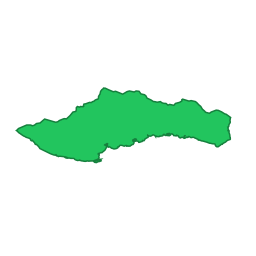 Tafunsak, Kosrae, Federated States of Micronesia (orthographic projection), rotated 214°
{"feature_id": "79324940B50347323269850", "entity_name": "Tafunsak", "entity_type": "district", "adm_level": 2, "iso_a3": "FSM", "parent_name": "Federated States of Micronesia", "parent_adm1": "Kosrae", "projection": "orthographic", "projection_center": [162.944, 5.328], "detail": "fine", "context": "isolated", "style": "filled", "palette": "green", "viewbox_px": 256, "rotation_deg": 214, "n_neighbors": 0, "source": "geoboundaries", "source_scale": "gbopen_adm2", "svg_char_len": 5737}
<svg xmlns="http://www.w3.org/2000/svg" viewBox="0 0 256 256"><g transform="rotate(214 128 128)"><path d="M219.1,63.5L218.0,63.5L217.7,63.4L215.8,63.0L213.7,63.1L213.4,63.0L211.1,63.0L210.1,63.0L208.8,63.3L207.6,63.3L206.3,63.6L205.2,64.0L203.8,64.3L202.8,64.3L202.0,63.6L201.0,63.4L200.6,63.6L200.5,64.1L200.4,64.3L199.4,64.0L197.1,63.5L196.0,62.7L195.4,62.7L195.1,63.0L194.9,63.2L194.2,63.1L192.8,62.8L191.9,62.7L189.5,61.7L178.0,63.3L176.7,63.6L174.3,64.2L172.6,65.1L173.4,65.8L172.3,65.5L172.0,65.0L171.5,65.0L170.6,65.4L170.1,65.5L169.8,65.4L169.2,66.1L168.3,66.7L167.8,67.0L167.5,67.1L166.6,67.6L163.6,69.1L162.4,69.4L162.5,69.2L163.5,68.6L163.6,68.4L163.1,68.4L161.9,68.8L161.5,69.0L160.3,70.0L159.2,70.6L158.5,70.8L156.2,72.3L155.7,72.5L155.2,72.5L154.9,72.3L154.0,72.2L151.8,72.8L151.4,73.0L150.4,74.0L150.2,74.4L149.6,74.4L149.4,74.3L149.1,74.6L148.1,74.8L146.4,75.7L145.9,75.8L145.1,76.3L144.3,76.8L143.4,78.0L142.9,78.1L142.1,78.5L139.8,80.3L139.0,80.8L138.5,81.3L136.8,80.9L136.1,81.0L134.7,81.8L134.2,83.1L134.2,83.5L133.7,83.5L132.7,84.5L131.9,85.8L132.2,86.0L133.4,85.0L133.6,85.2L133.0,86.9L134.2,85.9L136.1,83.1L136.9,82.3L137.5,82.5L135.9,84.7L135.2,86.1L135.3,86.8L135.6,87.5L136.2,87.9L136.4,88.2L136.7,89.5L137.1,89.9L138.1,89.7L138.3,90.0L138.3,90.3L137.6,90.9L136.9,92.2L136.3,92.7L136.0,92.8L135.8,93.0L135.7,93.6L135.0,95.8L134.7,97.2L134.7,97.6L135.0,98.3L134.9,99.3L135.2,100.3L135.4,100.5L135.5,100.8L135.8,101.0L136.2,101.2L137.3,100.9L137.9,100.9L137.9,101.3L136.9,102.4L136.9,102.9L136.7,103.4L136.5,103.5L136.1,103.5L135.9,102.8L135.4,102.1L134.3,101.1L133.6,101.1L133.0,101.8L132.6,102.1L130.8,102.1L130.5,102.0L129.2,102.5L128.5,102.6L127.9,102.8L127.2,103.4L126.2,104.4L125.4,105.8L125.4,106.2L125.6,106.4L125.8,106.8L125.6,107.1L125.2,107.3L125.0,107.6L125.1,108.9L124.8,109.3L123.2,110.3L121.7,110.6L120.9,110.9L120.7,111.2L120.6,111.5L120.3,111.9L119.4,112.7L119.1,112.7L119.1,112.2L118.8,112.2L118.6,112.4L118.1,113.0L117.7,113.1L117.0,113.5L116.0,114.4L115.9,115.2L115.6,115.6L115.5,116.1L115.4,116.4L114.6,117.2L114.6,118.6L115.3,120.1L115.7,120.2L116.1,119.9L116.7,119.9L117.1,120.3L117.3,120.9L116.9,121.6L116.3,121.6L116.3,121.3L116.2,121.3L115.7,121.3L115.8,122.0L116.4,122.1L116.4,122.6L116.2,123.0L115.3,123.3L114.7,123.3L114.6,123.2L114.6,122.8L115.0,122.3L114.7,121.7L114.8,120.9L113.7,122.0L112.4,122.6L111.9,122.6L111.1,122.1L110.3,122.7L109.6,123.8L108.8,124.6L108.7,125.4L108.9,125.6L108.9,125.9L108.7,126.0L108.0,126.1L107.6,126.5L107.6,127.8L107.8,128.1L107.7,128.4L106.9,130.4L106.4,131.0L106.2,131.3L106.2,131.6L106.4,132.2L106.9,132.7L107.4,132.7L107.6,133.0L106.8,133.0L106.2,133.2L105.6,133.3L104.6,134.0L104.0,135.0L103.6,136.0L103.4,136.4L102.5,136.6L100.9,136.6L100.2,136.3L100.3,136.5L100.2,137.0L99.2,137.2L98.5,137.5L97.7,138.0L97.1,138.6L97.1,139.2L97.0,139.3L96.5,139.4L94.9,140.9L94.8,141.4L95.0,141.8L95.0,142.3L94.8,142.7L94.6,142.8L94.5,142.5L94.3,142.4L94.0,142.6L93.0,142.7L92.7,142.8L92.5,143.1L92.6,144.5L92.4,145.0L91.8,145.7L90.6,146.7L90.3,146.6L90.3,146.4L91.0,145.5L91.0,144.7L91.4,144.4L91.8,144.4L92.0,144.5L92.2,144.1L92.2,143.8L91.9,143.4L89.4,144.7L89.2,145.1L88.8,146.1L89.1,146.7L89.1,146.9L88.3,147.7L87.8,147.8L87.4,147.7L87.0,147.8L86.5,147.7L86.0,147.3L85.7,147.3L84.6,148.0L83.7,148.3L83.7,149.0L83.6,149.3L83.1,149.3L82.9,149.2L82.1,149.6L81.0,149.0L80.6,149.0L80.3,148.9L79.2,148.9L78.8,149.3L78.8,149.6L78.0,150.5L77.6,150.7L76.7,150.9L76.5,151.0L76.5,151.7L76.8,153.0L76.5,153.5L76.4,153.5L76.5,152.8L76.5,152.4L76.1,151.7L76.1,151.0L75.8,150.8L75.2,151.3L74.9,151.8L74.5,152.5L74.5,152.8L74.2,153.3L74.0,153.5L73.5,153.4L73.0,154.0L72.9,154.2L73.0,154.8L72.9,154.9L72.2,155.2L71.0,155.1L70.4,155.3L69.7,155.8L69.1,156.6L68.0,157.1L66.6,157.1L66.0,157.4L65.1,157.4L64.0,157.7L63.2,157.7L63.0,157.3L62.9,157.3L62.2,157.9L61.5,158.0L60.9,158.3L60.1,158.3L59.2,158.8L57.6,159.4L57.2,159.5L54.5,160.4L53.4,160.6L51.9,161.0L51.2,161.4L49.1,162.2L47.2,163.3L46.6,163.2L45.8,162.4L45.4,162.3L45.0,162.1L43.8,162.1L42.8,162.8L41.9,165.2L41.5,166.5L41.1,167.2L40.7,167.3L40.7,168.0L40.4,168.8L40.1,169.4L39.8,169.8L39.2,171.1L38.8,172.9L38.4,173.7L36.9,175.6L36.9,175.9L37.2,176.4L37.7,176.9L37.8,177.1L38.0,177.4L38.3,177.5L39.1,178.3L39.7,179.2L40.1,179.4L40.6,179.9L41.2,180.3L41.8,180.8L42.6,182.2L43.3,182.3L43.4,181.9L43.6,181.8L43.7,182.7L44.1,182.8L45.2,184.1L45.3,184.4L45.7,184.6L45.4,185.0L45.4,185.4L45.4,185.8L46.2,187.2L46.3,189.6L47.1,190.8L47.6,191.0L47.8,191.6L48.2,192.5L48.3,192.5L48.5,193.2L48.7,193.5L48.8,194.1L54.3,194.3L55.7,193.8L59.4,193.7L63.0,193.1L64.9,192.1L68.0,187.7L68.7,185.7L72.6,184.4L73.6,184.8L76.9,185.2L79.8,186.6L82.2,186.8L85.2,187.5L86.9,187.6L91.0,186.0L92.5,184.4L98.8,182.5L99.2,181.6L98.5,180.7L98.5,180.4L99.6,178.1L102.4,174.9L102.7,172.4L104.0,171.9L106.6,170.9L107.6,169.3L110.3,169.6L112.0,168.5L113.8,167.9L115.9,168.0L118.2,165.7L120.6,164.8L121.8,164.1L124.6,164.1L128.9,163.4L131.2,164.7L133.0,164.8L136.3,163.5L139.4,164.6L142.0,163.2L143.0,161.3L147.5,159.5L149.1,157.7L151.3,153.1L158.8,151.5L160.5,149.8L165.7,148.8L169.1,148.3L170.6,147.4L170.5,146.9L171.1,145.1L171.2,143.1L170.2,140.5L170.1,137.8L169.1,136.0L169.2,134.9L169.3,134.8L170.0,134.2L170.9,132.6L171.1,131.4L172.2,129.9L172.7,128.5L174.0,127.9L174.9,126.8L176.6,124.4L177.9,123.2L177.6,121.9L176.9,121.4L177.0,120.7L178.5,119.7L179.4,119.3L179.7,118.2L180.3,118.1L181.5,117.6L182.0,117.5L182.2,115.9L181.0,114.1L180.6,112.8L180.6,112.5L182.6,110.4L183.0,105.8L184.1,101.2L186.1,100.1L187.1,98.8L189.1,95.8L189.7,93.9L191.2,92.3L202.1,88.8L202.8,86.4L203.7,83.0L206.4,80.5L207.2,77.9L208.7,76.2L209.3,76.3L210.6,75.9L213.6,73.9L218.5,66.3L218.8,64.4L219.1,63.5Z" fill="#22c55e" stroke="#15803d" stroke-width="1.5"/></g></svg>